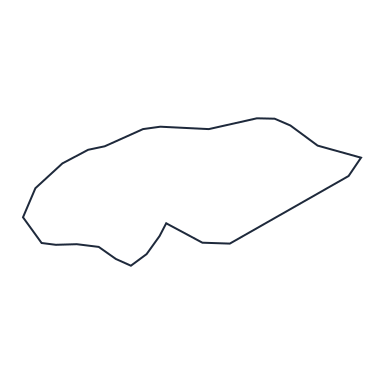 map outline of New Providence (Equal Earth projection)
{"feature_id": "BHS-5009", "entity_name": "New Providence", "entity_type": "Capital", "adm_level": 1, "iso_a3": "BHS", "parent_name": "The Bahamas", "parent_adm1": "", "projection": "equal_earth", "projection_center": [-77.439, 25.036], "detail": "fine", "context": "isolated", "style": "outline", "palette": "slate", "viewbox_px": 384, "rotation_deg": 0, "n_neighbors": 0, "source": "natural_earth", "source_scale": "10m", "svg_char_len": 431}
<svg xmlns="http://www.w3.org/2000/svg" viewBox="0 0 384 384"><path d="M115.9,259.0L98.7,246.9L76.8,244.2L55.8,244.8L41.6,243.0L23.0,217.3L35.4,188.2L62.4,163.4L88.1,149.8L104.7,146.3L143.0,129.1L160.3,126.7L208.8,129.1L256.9,118.3L274.6,118.7L290.4,125.5L317.6,145.6L361.0,157.7L348.6,176.0L229.8,243.6L202.4,242.7L166.2,223.3L159.6,236.0L146.6,254.1L130.9,265.7L115.9,259.0Z" fill="none" stroke="#1e293b" stroke-width="2"/></svg>